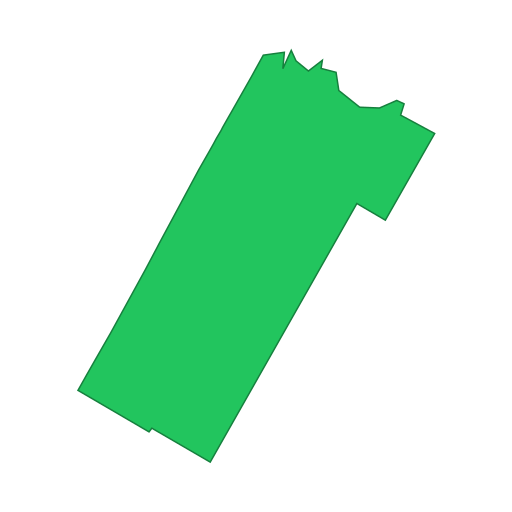 Putnam, Missouri, United States of America, rotated 300°
{"feature_id": "52423323B64691104817228", "entity_name": "Putnam", "entity_type": "district", "adm_level": 2, "iso_a3": "USA", "parent_name": "United States of America", "parent_adm1": "Missouri", "projection": "equal_earth", "projection_center": [-92.899, 40.466], "detail": "fine", "context": "isolated", "style": "filled", "palette": "green", "viewbox_px": 512, "rotation_deg": 300, "n_neighbors": 0, "source": "geoboundaries", "source_scale": "gbopen_adm2", "svg_char_len": 669}
<svg xmlns="http://www.w3.org/2000/svg" viewBox="0 0 512 512"><g transform="rotate(300 256 256)"><path d="M211.5,166.2L210.8,166.2L189.1,167.0L116.7,168.6L83.6,168.7L67.4,168.8L50.6,169.0L50.2,251.3L54.8,251.9L54.6,319.4L351.9,317.1L351.7,350.1L449.8,349.5L451.4,349.5L450.3,310.8L461.8,308.2L461.1,300.1L445.9,288.9L436.7,271.4L440.7,245.0L455.1,233.5L451.0,218.6L458.7,215.6L442.4,208.9L445.0,193.1L451.7,183.7L431.6,185.6L446.6,178.7L433.6,161.9L417.5,162.2L408.7,162.4L367.7,162.7L363.6,162.7L350.7,162.8L347.4,163.0L338.0,162.9L331.9,163.1L323.9,163.2L301.8,163.3L292.4,163.6L218.3,165.9L211.5,166.2Z" fill="#22c55e" stroke="#15803d" stroke-width="1.5"/></g></svg>